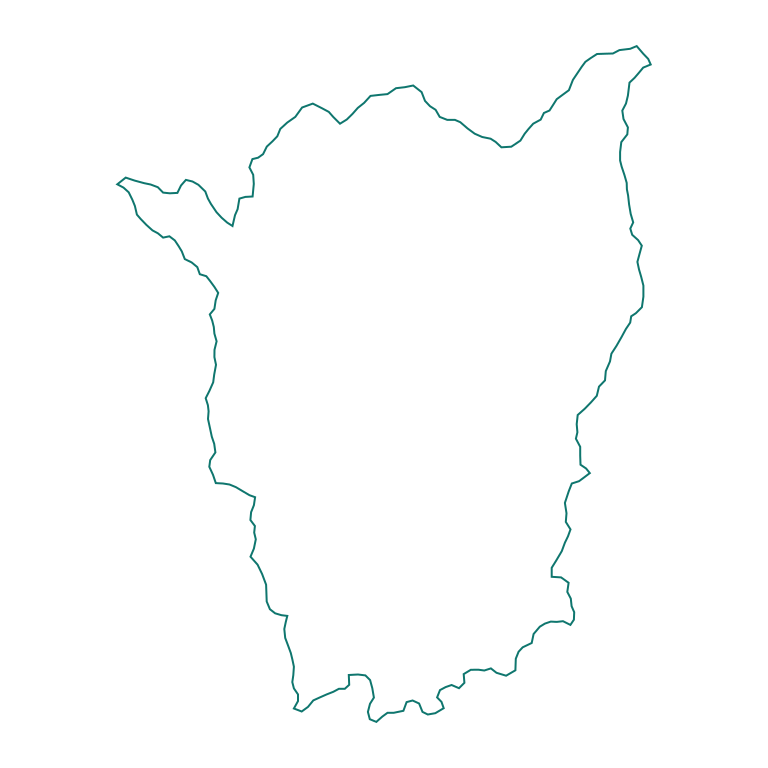 outline of São Tiago, Minas Gerais, Brazil
{"feature_id": "56859067B90152624150302", "entity_name": "São Tiago", "entity_type": "district", "adm_level": 2, "iso_a3": "BRA", "parent_name": "Brazil", "parent_adm1": "Minas Gerais", "projection": "albers", "projection_center": [-44.566, -20.944], "detail": "fine", "context": "isolated", "style": "outline", "palette": "teal", "viewbox_px": 768, "rotation_deg": 0, "n_neighbors": 0, "source": "geoboundaries", "source_scale": "gbopen_adm2", "svg_char_len": 3806}
<svg xmlns="http://www.w3.org/2000/svg" viewBox="0 0 768 768"><path d="M293.9,708.5L301.7,711.5L308.0,706.9L313.3,700.4L319.9,697.4L326.7,694.4L333.3,691.8L338.9,688.8L344.8,688.8L349.2,684.8L348.8,675.0L358.0,674.5L365.4,675.4L370.1,680.1L372.3,688.2L373.9,697.6L370.0,703.8L367.9,711.9L369.8,719.2L376.3,721.9L382.3,716.6L387.5,712.8L393.7,712.8L403.4,710.8L406.6,702.1L412.6,700.5L419.1,703.5L422.5,711.9L427.8,714.5L435.3,713.2L443.7,708.2L441.5,701.9L437.1,697.4L440.0,690.1L445.6,687.1L451.6,685.0L459.0,688.2L464.4,682.8L463.7,674.1L470.8,669.8L478.3,669.7L484.3,670.5L490.9,668.4L496.5,672.8L506.1,675.7L515.4,670.3L515.8,658.7L518.6,651.7L522.7,647.3L531.7,643.0L533.6,634.0L539.8,626.7L544.9,623.6L550.8,621.6L556.7,621.9L563.0,621.2L570.4,624.9L573.9,619.7L574.2,612.2L571.6,606.2L570.8,598.6L567.3,591.9L568.6,582.8L561.1,577.4L551.7,576.8L551.7,567.8L556.3,560.4L561.8,551.1L564.9,542.7L568.0,536.3L570.5,529.4L565.8,521.9L566.5,513.3L564.9,502.9L568.7,491.4L571.8,483.5L579.0,481.2L584.0,477.5L589.8,473.1L586.1,468.5L580.5,464.7L580.2,455.7L580.2,446.8L575.9,438.7L577.4,432.3L576.7,424.2L577.7,415.0L584.9,408.6L591.1,402.2L596.8,395.8L599.0,386.6L605.0,380.4L605.8,371.1L610.0,361.4L611.4,353.7L616.4,346.0L621.4,337.3L625.9,329.0L630.2,322.6L631.2,316.3L635.9,313.2L641.9,307.2L643.4,296.7L643.4,285.6L641.2,276.9L639.0,269.4L637.4,261.9L639.4,254.4L641.8,245.7L638.1,240.1L632.2,234.8L630.3,228.6L633.2,222.4L630.7,213.9L629.1,204.5L628.1,195.5L626.9,189.3L626.7,182.9L624.5,175.2L621.6,166.5L620.1,160.5L620.1,152.0L621.3,142.1L627.3,134.4L627.9,127.4L623.5,119.0L622.3,110.6L626.0,103.5L627.9,95.6L629.5,82.6L634.5,77.9L638.8,72.9L643.2,67.6L650.7,64.5L648.2,58.9L643.3,53.8L636.7,46.1L630.2,48.8L619.4,50.1L612.9,53.5L605.7,53.7L597.0,54.0L590.8,58.0L585.4,61.8L581.7,66.8L577.6,72.9L572.9,79.9L568.9,90.2L562.5,94.9L556.7,99.2L553.1,104.9L549.5,110.5L543.9,113.0L540.7,119.6L533.2,123.7L528.5,129.0L524.7,133.7L520.4,140.6L511.3,146.7L501.4,147.3L495.6,141.9L490.6,138.7L482.2,137.0L474.7,133.7L467.5,128.4L460.3,122.2L455.0,119.9L447.3,119.9L439.7,116.9L435.6,109.8L430.0,106.2L425.0,100.9L421.6,92.1L413.2,85.5L404.8,87.2L396.0,88.2L387.5,94.1L379.3,94.9L370.5,95.9L364.1,102.9L357.8,107.9L352.5,113.9L346.8,119.5L340.0,123.7L333.2,116.9L328.8,111.9L321.9,108.2L312.8,103.6L302.1,107.5L295.3,116.9L287.2,122.6L280.3,128.9L277.3,136.3L272.5,141.3L266.8,146.6L263.1,154.1L258.1,157.7L252.4,159.1L249.4,167.4L253.2,174.8L253.8,183.9L252.6,196.5L245.4,196.9L239.4,198.6L237.6,209.2L235.0,215.2L232.5,226.0L227.2,222.6L221.6,217.7L216.5,212.2L210.9,203.9L207.9,198.5L205.3,191.5L198.4,184.8L192.5,181.5L185.9,179.9L181.0,185.5L177.4,192.9L169.8,193.3L163.1,192.6L157.8,187.2L150.6,184.5L144.3,183.2L134.7,180.6L125.7,177.6L117.3,184.3L123.5,187.6L128.7,192.3L132.3,199.6L134.9,206.0L136.9,214.6L140.7,219.0L146.5,225.0L152.5,230.4L157.9,233.3L163.1,237.6L169.4,236.3L174.8,240.4L178.6,246.1L181.8,251.4L184.8,259.1L191.6,262.4L197.3,267.1L199.8,274.2L206.3,276.2L210.0,280.9L214.4,286.9L218.2,292.9L215.7,300.3L214.4,308.9L209.8,314.4L212.2,320.6L213.8,327.0L214.4,333.6L216.6,341.3L214.5,349.8L214.4,357.1L216.0,364.8L214.2,374.6L213.2,382.3L209.4,390.9L205.7,398.2L207.9,405.2L208.6,411.3L208.0,419.0L209.8,427.3L211.8,436.7L214.2,443.8L215.4,452.4L210.2,460.1L209.3,466.8L213.0,474.8L215.8,483.1L223.0,483.5L229.5,484.5L235.8,487.1L242.7,491.2L249.5,495.2L255.1,497.2L253.9,505.2L251.1,512.2L250.4,520.0L254.9,526.0L254.2,532.6L255.8,539.3L253.9,548.6L250.5,556.7L257.6,564.7L262.1,574.0L266.1,584.7L266.4,592.8L266.7,601.5L269.9,609.2L275.1,613.3L281.5,615.2L287.3,615.9L285.8,621.9L284.3,629.0L285.2,637.9L287.9,645.1L290.8,653.0L292.4,659.6L293.9,666.7L293.3,675.2L292.3,682.1L293.9,688.4L298.0,694.4L298.0,701.1L293.9,708.5Z" fill="none" stroke="#0f766e" stroke-width="2"/></svg>